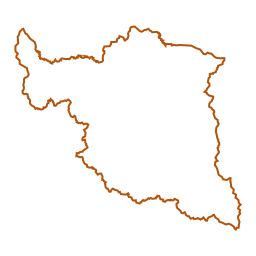 Sadao, Songkhla, Thailand (orthographic projection)
{"feature_id": "78962969B3904218037840", "entity_name": "Sadao", "entity_type": "district", "adm_level": 2, "iso_a3": "THA", "parent_name": "Thailand", "parent_adm1": "Songkhla", "projection": "orthographic", "projection_center": [100.374, 6.658], "detail": "fine", "context": "isolated", "style": "outline", "palette": "amber", "viewbox_px": 256, "rotation_deg": 0, "n_neighbors": 0, "source": "geoboundaries", "source_scale": "gbopen_adm2", "svg_char_len": 5681}
<svg xmlns="http://www.w3.org/2000/svg" viewBox="0 0 256 256"><path d="M156.7,31.9L152.2,32.3L151.1,31.0L150.0,30.7L148.4,28.8L146.2,29.8L144.4,30.0L142.1,31.6L141.1,31.6L139.8,31.0L134.7,26.5L131.4,27.0L130.4,27.8L129.9,31.0L128.8,31.7L128.3,32.8L128.1,34.1L128.5,35.4L127.9,37.9L127.4,38.8L126.3,39.1L125.7,40.2L124.9,40.6L124.6,40.4L123.3,37.5L119.5,36.1L119.0,38.1L117.4,38.7L116.6,41.8L111.2,42.1L111.1,44.3L110.5,44.7L109.8,46.2L104.4,46.5L103.2,49.1L103.1,50.3L103.4,51.0L104.4,51.1L104.4,53.1L103.0,55.5L102.7,58.2L103.1,60.4L102.0,61.8L98.7,62.6L97.9,61.5L96.3,62.0L95.7,61.4L96.4,60.9L94.1,60.4L93.5,59.1L92.9,59.1L93.3,58.0L92.3,57.9L92.0,56.8L91.2,56.8L89.7,58.1L89.6,57.5L88.1,57.5L87.2,56.5L86.2,57.2L85.7,56.9L85.6,56.2L84.8,56.1L85.3,56.8L84.4,57.6L82.3,57.9L81.1,57.3L81.4,56.8L81.0,56.2L80.0,56.3L79.7,55.9L80.1,55.7L78.4,55.4L77.2,56.8L77.9,57.2L77.8,57.7L76.6,57.6L75.7,58.5L74.2,57.5L73.9,58.2L72.8,57.1L71.6,56.8L69.4,59.2L68.0,58.9L66.0,59.2L62.0,58.4L60.8,59.2L61.0,60.4L59.9,60.3L59.0,61.4L57.3,61.6L56.2,61.1L55.4,59.6L53.8,62.0L52.5,62.1L52.3,63.5L50.3,62.8L50.0,61.4L48.3,61.3L47.9,60.5L47.2,60.6L46.6,59.7L45.6,59.7L44.4,58.8L44.0,59.8L41.6,58.4L40.6,58.9L40.0,58.4L39.8,56.4L39.3,56.2L40.2,55.0L39.3,54.4L39.8,53.0L38.2,52.5L39.1,51.7L37.5,51.0L36.5,51.2L35.4,49.5L35.5,47.9L35.9,47.5L35.6,45.1L34.6,42.0L29.8,38.4L27.0,34.2L25.5,33.6L23.3,28.8L22.3,29.2L19.8,31.6L18.8,35.2L17.7,36.6L18.2,43.4L15.5,45.9L15.4,49.7L15.7,51.7L17.9,53.7L16.4,56.1L16.4,57.6L19.6,60.3L19.7,63.9L27.0,68.2L27.2,69.9L28.6,73.8L28.4,75.3L27.4,76.7L24.6,78.1L24.1,79.0L24.0,82.3L23.3,84.8L23.9,87.0L23.8,89.0L23.3,90.2L22.5,90.8L22.8,93.2L24.2,94.2L26.3,93.8L27.7,94.5L27.7,96.2L28.4,97.1L28.2,98.1L30.0,100.1L29.9,103.3L31.3,105.1L34.3,107.0L35.3,108.8L36.9,108.0L38.1,109.1L38.9,108.6L40.3,109.4L41.8,109.5L43.4,108.8L43.6,107.3L45.1,107.6L46.6,106.2L47.2,103.9L47.8,103.2L48.5,103.2L48.6,101.8L48.1,100.8L49.3,100.2L50.3,100.8L50.7,99.1L53.0,101.3L53.0,102.3L53.6,102.8L54.3,105.7L55.0,105.8L55.8,105.7L57.5,103.4L60.0,102.7L60.5,101.5L63.0,101.3L65.1,100.4L66.1,101.0L68.1,99.5L70.1,101.1L70.8,102.7L68.8,105.7L68.5,107.8L69.0,108.7L68.4,110.2L70.8,116.1L72.5,117.1L73.3,117.0L74.3,115.8L75.2,116.3L76.1,120.4L77.1,121.4L76.7,122.1L78.3,123.1L79.5,122.9L80.4,123.3L82.1,122.5L83.7,124.3L85.2,123.7L87.1,123.8L88.3,124.6L87.8,125.2L87.6,126.9L86.4,128.3L84.0,129.9L85.5,132.5L85.2,136.3L82.8,137.5L82.3,139.3L82.5,140.3L84.9,139.7L85.4,142.8L86.4,144.2L86.0,145.1L87.2,146.4L87.5,147.5L82.5,151.2L82.5,151.7L79.7,152.1L78.9,153.2L76.7,153.1L76.4,156.2L77.4,155.9L78.5,156.8L80.2,157.3L82.0,156.9L82.7,157.7L83.0,160.2L84.5,163.5L87.1,165.1L87.1,166.7L88.8,167.5L91.2,167.6L92.1,167.1L93.2,167.9L92.8,168.6L95.7,169.6L96.2,170.6L95.6,171.9L97.8,174.6L99.4,173.6L101.2,173.7L102.5,176.4L102.2,179.8L103.3,179.8L103.8,181.2L105.8,182.2L104.8,183.8L105.3,184.6L105.5,186.9L106.6,188.5L107.7,188.6L108.1,189.1L109.1,191.5L110.5,191.8L111.7,189.5L112.8,188.6L114.7,189.8L117.5,190.5L118.7,192.2L119.9,191.9L120.8,194.1L125.7,194.6L128.2,193.3L128.8,194.5L128.1,195.6L128.7,196.8L131.5,197.4L131.8,198.8L133.1,200.6L135.8,200.3L135.8,201.4L136.5,202.6L139.5,203.5L140.7,202.7L140.7,202.1L141.6,201.8L142.2,200.6L143.5,200.1L143.8,200.7L144.6,200.8L147.3,199.4L148.3,198.3L149.5,198.8L150.3,198.0L151.1,198.1L152.0,198.8L155.8,198.4L156.0,197.4L156.9,197.2L157.4,195.7L159.2,196.1L160.5,199.3L163.0,199.5L163.4,200.3L163.1,201.2L164.8,201.8L165.6,201.6L166.2,200.6L168.3,199.9L170.1,200.5L170.6,199.7L172.4,200.4L173.5,200.2L174.6,198.8L178.1,200.6L178.3,202.5L176.5,203.9L176.6,206.3L177.2,208.0L180.3,210.7L181.5,212.9L183.2,213.3L184.6,212.2L185.0,212.4L186.0,215.1L187.9,216.3L188.8,216.2L190.7,218.7L193.3,217.8L194.1,219.2L197.0,218.6L197.7,218.0L200.4,219.6L201.1,218.9L201.8,219.0L203.4,217.4L205.6,220.4L206.4,220.8L207.1,220.6L207.6,218.7L208.8,217.3L212.1,216.1L213.2,214.9L214.0,214.8L215.6,217.7L218.4,219.5L219.5,221.9L222.1,222.6L226.0,224.5L228.6,223.7L230.9,224.6L233.6,226.4L234.8,228.7L235.8,229.5L236.7,227.7L238.5,227.8L238.9,226.1L238.7,225.2L239.5,222.0L238.0,217.9L238.2,216.1L240.2,213.6L239.4,212.6L240.1,210.0L238.2,208.7L238.2,208.1L239.0,206.1L240.6,204.7L238.8,203.0L238.5,200.2L236.5,198.1L235.5,197.7L236.0,194.6L233.1,193.0L233.8,189.6L230.9,186.5L231.2,185.0L230.6,182.9L230.8,182.2L230.3,181.5L230.6,178.2L229.7,178.1L227.0,179.9L223.2,179.4L221.9,176.9L218.7,174.9L217.2,168.9L216.0,166.4L214.9,165.4L215.4,161.8L217.5,160.9L216.5,160.1L216.2,158.7L215.4,157.6L219.0,152.2L217.5,148.1L218.4,147.1L218.3,145.9L219.3,144.7L219.2,142.7L218.1,141.1L218.3,139.6L217.6,139.0L215.9,131.5L216.4,127.4L217.9,125.6L218.6,123.8L217.9,122.3L217.5,119.7L215.4,118.5L214.4,116.3L213.5,113.4L214.3,112.1L214.1,110.7L212.3,109.4L211.4,107.8L209.5,107.1L209.2,106.5L209.2,104.2L210.0,102.5L211.8,101.0L211.9,100.0L212.9,98.9L213.2,96.6L209.1,95.5L207.1,93.9L206.7,92.7L204.6,91.9L206.5,90.1L207.2,88.5L209.5,85.8L209.3,83.4L207.9,82.3L208.7,78.0L209.8,77.2L209.8,74.0L211.2,73.6L212.8,73.9L213.0,73.0L215.7,72.2L215.8,71.4L217.3,69.0L217.1,68.0L218.0,67.1L218.1,65.8L222.5,64.1L222.9,61.9L224.4,60.2L224.3,58.1L220.5,58.3L216.3,57.8L214.6,56.9L211.2,53.5L209.7,53.6L207.7,52.6L205.4,54.3L203.7,54.0L200.1,49.5L196.0,48.1L191.2,45.6L178.7,45.0L176.8,45.4L174.0,45.0L171.7,45.5L171.5,44.1L165.6,43.9L165.5,45.6L164.2,43.9L164.1,42.9L163.3,42.5L162.8,42.9L162.4,42.5L162.5,41.7L162.0,41.1L162.8,40.5L161.4,40.2L161.5,39.6L161.0,39.7L161.0,39.0L160.1,38.2L159.3,38.2L158.8,37.5L158.8,36.4L159.8,36.1L159.7,35.7L160.1,35.9L160.4,35.0L160.1,34.3L159.2,33.8L159.5,33.6L159.0,32.9L158.0,32.9L157.9,32.4L156.7,31.9Z" fill="none" stroke="#b45309" stroke-width="2"/></svg>